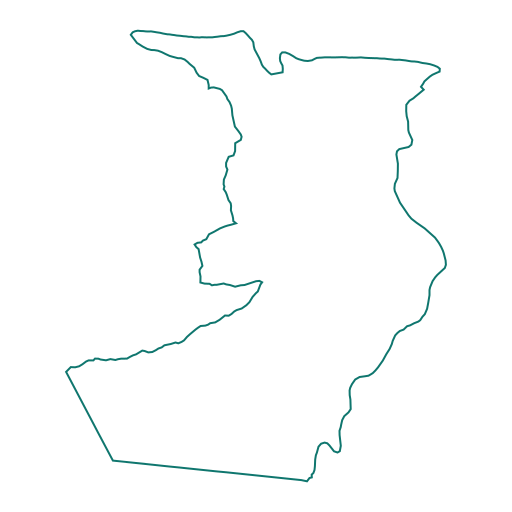 outline of Araioses, Maranhão, Brazil
{"feature_id": "56859067B64575087706788", "entity_name": "Araioses", "entity_type": "district", "adm_level": 2, "iso_a3": "BRA", "parent_name": "Brazil", "parent_adm1": "Maranhão", "projection": "robinson", "projection_center": [-42.029, -2.955], "detail": "fine", "context": "isolated", "style": "outline", "palette": "teal", "viewbox_px": 512, "rotation_deg": 0, "n_neighbors": 0, "source": "geoboundaries", "source_scale": "gbopen_adm2", "svg_char_len": 4635}
<svg xmlns="http://www.w3.org/2000/svg" viewBox="0 0 512 512"><path d="M66.1,371.9L93.7,424.3L98.2,432.9L112.9,460.6L148.5,464.3L152.3,464.7L165.4,466.1L169.2,466.5L179.4,467.5L185.0,468.1L216.7,471.4L226.4,472.3L301.3,480.1L307.0,481.3L309.5,478.0L311.8,477.4L311.7,474.6L313.4,473.0L314.5,470.0L314.9,466.3L315.2,459.5L315.9,455.2L316.9,452.6L318.5,446.7L321.1,443.7L324.6,442.6L327.3,443.3L329.4,445.4L334.0,451.3L337.5,452.5L339.8,451.2L340.8,445.8L339.6,435.1L339.5,430.8L340.7,427.2L341.2,424.5L342.2,420.1L344.3,416.1L348.5,412.4L350.7,409.1L350.4,399.5L349.7,395.1L349.6,390.4L350.2,387.8L352.0,384.1L355.2,379.5L359.6,377.0L364.7,376.3L368.5,375.7L370.9,374.3L372.8,373.1L375.4,370.5L378.0,367.4L382.8,360.6L386.3,354.2L389.6,349.0L391.8,344.1L392.7,340.9L395.2,335.4L397.4,333.0L399.8,331.0L403.6,329.6L407.1,326.2L410.0,325.4L414.2,323.2L418.3,321.6L420.2,320.2L422.5,316.7L424.8,314.2L427.1,308.8L428.1,303.5L429.5,295.2L429.5,290.0L430.1,287.2L432.6,281.1L435.2,277.3L437.4,274.8L444.8,268.0L445.9,264.8L445.6,260.5L443.8,253.4L442.9,250.7L441.2,247.0L439.1,243.3L437.8,241.4L435.0,237.6L424.7,228.4L416.5,222.7L411.4,218.7L408.6,215.4L400.0,202.7L394.8,191.1L394.4,188.4L394.9,183.8L397.5,178.0L397.8,171.2L397.9,163.7L396.4,154.5L397.0,151.3L399.3,149.1L408.6,147.0L411.4,144.7L412.3,140.0L408.9,132.6L408.3,130.1L408.2,125.5L408.1,121.6L406.7,116.2L406.2,111.2L406.3,104.8L409.5,100.7L413.4,98.3L415.2,96.7L423.7,89.7L421.0,86.8L423.1,83.8L424.4,81.4L426.6,79.4L429.8,76.6L432.4,74.8L435.2,73.5L437.2,72.6L439.6,71.6L439.8,68.7L437.5,66.9L434.2,65.5L430.1,64.2L426.4,63.5L422.5,63.0L420.4,62.5L418.0,61.9L414.5,61.5L411.5,61.4L408.9,61.0L405.5,60.4L401.8,60.0L399.3,59.7L397.2,59.8L394.6,59.8L391.5,59.4L388.1,59.1L384.4,58.6L382.1,58.6L379.7,58.5L376.9,58.2L374.8,58.2L372.1,58.1L368.8,58.0L365.1,57.8L360.9,57.4L357.3,57.6L354.9,57.7L352.1,57.6L349.2,57.7L345.7,57.3L341.8,57.2L338.3,57.3L335.1,57.4L331.8,57.4L329.1,57.3L325.1,57.3L321.5,57.6L319.1,57.7L316.8,57.9L314.6,58.9L312.0,60.3L307.8,61.0L304.2,60.7L301.9,60.1L298.7,59.2L296.2,58.2L293.2,56.2L289.2,53.9L285.3,52.4L282.2,52.4L280.4,54.4L279.9,58.1L280.2,61.0L281.2,63.2L282.5,65.5L282.8,68.8L282.6,72.3L271.3,74.4L269.2,72.8L267.1,70.8L265.1,68.6L263.3,66.9L261.9,64.7L260.7,61.4L259.3,58.2L257.7,55.2L256.2,52.4L254.6,49.4L253.8,46.3L253.3,42.3L251.9,39.8L249.8,37.7L248.0,35.6L245.7,33.1L243.5,31.2L240.8,31.2L237.3,32.3L234.1,33.7L230.3,34.8L226.3,35.7L223.8,36.1L220.9,36.2L217.5,36.7L214.7,37.0L212.5,37.3L209.3,37.3L206.8,37.4L204.1,37.3L201.8,37.2L199.4,37.5L196.9,37.3L194.3,37.3L191.2,36.8L188.8,36.8L186.2,36.4L183.3,36.2L180.4,35.8L176.7,35.5L174.5,35.1L172.0,34.8L169.7,34.4L167.4,34.3L165.1,33.9L162.9,33.5L160.1,32.8L156.6,32.3L154.3,31.9L151.1,31.4L148.2,31.5L145.9,31.4L143.3,31.1L140.4,31.0L137.8,30.7L134.9,31.3L132.7,32.3L130.8,34.8L137.0,43.0L138.9,44.1L142.6,46.5L147.2,48.9L151.3,50.0L154.4,50.1L158.0,50.7L161.9,52.2L165.5,54.0L169.6,55.9L172.0,56.6L178.0,58.2L181.0,58.2L184.6,59.5L187.6,61.9L189.6,63.9L194.2,67.7L196.6,72.7L199.1,76.0L203.3,77.8L207.5,79.9L208.7,85.0L208.7,88.5L211.0,87.6L213.8,87.4L219.8,88.9L222.0,90.2L226.5,96.5L227.4,99.1L229.5,102.0L231.1,105.7L231.8,108.6L232.4,115.3L234.9,126.6L238.4,131.1L240.8,134.5L241.6,136.8L240.8,139.9L235.2,143.2L235.1,151.1L233.5,155.4L228.7,156.8L226.1,162.9L226.1,166.5L227.4,169.6L225.7,175.4L223.9,179.5L223.6,184.3L224.4,186.6L223.7,189.1L225.7,192.1L226.7,194.5L228.5,200.1L230.7,203.3L231.1,206.0L230.9,210.3L232.5,215.5L233.1,218.4L233.3,221.1L236.0,223.3L231.5,224.6L227.5,225.6L224.7,226.5L220.0,228.4L213.8,231.9L209.0,234.3L206.3,239.2L202.9,240.6L201.2,242.4L197.5,242.8L194.6,244.5L196.3,247.1L198.6,249.1L200.1,257.5L201.5,261.8L202.4,265.9L199.6,269.7L199.6,272.2L200.5,276.4L200.4,282.5L204.5,283.6L209.6,283.8L211.9,285.3L214.5,284.8L216.7,284.8L223.7,283.5L226.2,284.4L229.9,285.0L235.1,286.7L240.7,285.3L244.6,285.0L256.1,281.2L259.4,280.9L262.1,282.3L260.4,284.6L257.8,291.5L255.9,293.2L252.6,296.9L249.4,302.2L246.4,305.2L241.7,308.5L236.6,310.1L234.2,311.5L231.5,314.0L228.7,315.7L225.0,315.5L219.6,319.8L215.2,322.4L210.2,323.2L208.2,324.6L205.4,325.6L200.6,326.0L197.9,327.8L195.6,329.5L190.1,334.1L187.0,336.9L184.0,340.4L181.6,341.9L178.3,343.3L175.5,342.5L170.8,344.0L164.4,345.3L161.7,347.4L158.4,348.5L156.0,350.1L152.3,352.0L148.3,352.4L144.6,351.0L142.3,350.6L136.0,354.4L133.1,355.3L130.1,356.8L127.0,358.6L121.0,358.7L118.0,359.2L115.4,360.0L110.4,359.1L106.0,360.3L100.5,359.5L98.4,358.7L95.0,358.6L93.4,360.4L88.6,360.4L86.1,361.5L82.4,364.3L79.1,366.3L75.1,367.3L70.8,367.1L66.1,371.9Z" fill="none" stroke="#0f766e" stroke-width="2"/></svg>